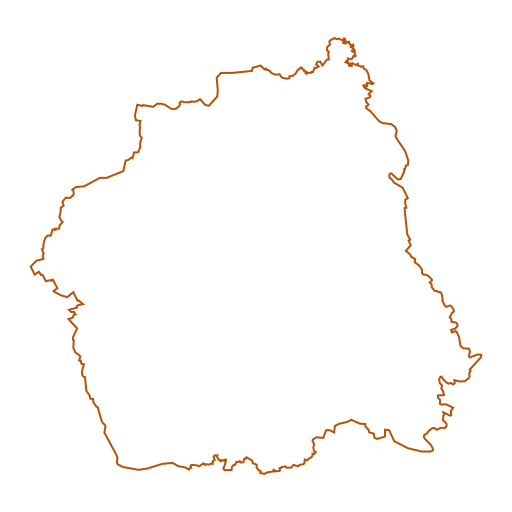 the district of Bang Rakam, Phitsanulok, Thailand
{"feature_id": "78962969B65860849823906", "entity_name": "Bang Rakam", "entity_type": "district", "adm_level": 2, "iso_a3": "THA", "parent_name": "Thailand", "parent_adm1": "Phitsanulok", "projection": "albers", "projection_center": [100.075, 16.744], "detail": "fine", "context": "isolated", "style": "outline", "palette": "amber", "viewbox_px": 512, "rotation_deg": 0, "n_neighbors": 0, "source": "geoboundaries", "source_scale": "gbopen_adm2", "svg_char_len": 5929}
<svg xmlns="http://www.w3.org/2000/svg" viewBox="0 0 512 512"><path d="M342.9,40.5L338.8,38.7L336.4,39.1L334.8,38.1L330.3,40.2L329.4,41.5L329.9,44.7L327.1,47.2L327.1,50.6L328.9,51.7L328.2,53.9L328.8,59.5L326.9,59.6L322.4,65.5L320.2,61.6L317.4,61.9L316.1,64.4L318.6,66.4L316.1,68.0L314.6,67.7L313.0,72.0L311.6,71.9L311.0,72.8L307.5,72.8L306.8,73.5L306.4,72.0L305.5,72.8L305.2,71.3L303.8,70.8L303.8,69.6L302.2,68.9L301.6,67.5L300.6,67.5L299.3,69.3L297.9,69.7L295.4,73.8L293.0,75.7L289.5,76.2L289.2,78.3L286.1,78.7L281.8,77.5L279.6,74.2L275.5,74.8L272.0,73.3L268.5,70.0L266.3,69.8L265.8,68.5L264.4,69.3L260.6,65.5L252.6,67.8L252.0,70.9L233.5,72.8L220.8,73.0L216.7,77.7L217.8,90.4L217.2,96.5L208.9,105.8L205.2,104.9L200.0,99.2L197.2,101.1L194.0,101.8L191.5,101.3L190.8,102.0L185.0,102.3L181.3,101.4L179.5,102.8L180.0,104.3L178.9,106.5L175.9,108.6L172.9,109.1L171.1,108.7L164.8,104.6L160.9,103.7L157.0,103.8L153.2,106.8L143.0,105.1L142.3,106.0L137.3,104.7L134.9,115.5L135.9,120.2L140.5,121.0L139.5,125.1L140.1,126.5L139.6,132.9L139.9,135.5L141.8,137.8L140.3,142.1L140.1,147.4L138.4,151.9L136.2,152.6L134.1,152.3L132.6,158.1L131.4,157.5L128.1,160.1L125.7,160.5L123.3,171.1L106.6,177.9L99.7,177.9L84.0,186.4L76.1,187.0L72.3,189.7L73.2,190.5L73.8,193.3L73.4,194.9L70.1,198.0L65.9,197.6L62.5,201.7L63.6,205.7L60.9,207.6L60.3,213.8L59.3,216.6L60.8,220.1L62.6,222.1L59.6,225.2L59.2,228.7L55.3,228.7L55.5,229.8L52.6,229.5L50.7,235.7L48.0,235.4L45.5,237.6L43.7,242.5L43.2,248.6L41.8,249.3L43.7,253.6L42.8,255.5L43.4,259.0L36.5,260.6L30.7,266.7L34.7,274.6L38.8,271.8L41.1,275.0L42.6,274.9L45.7,281.1L51.0,280.1L51.2,280.6L52.8,279.6L57.4,288.2L53.6,291.1L54.3,291.8L60.7,295.2L67.3,297.2L73.3,292.2L77.6,300.8L78.6,300.4L83.0,304.2L78.4,305.1L76.7,306.2L77.1,307.6L69.0,309.8L71.1,312.0L74.0,311.9L75.5,314.3L73.6,315.1L72.8,317.6L68.5,319.0L77.1,328.4L73.1,337.0L72.9,339.8L73.8,340.4L73.3,347.7L75.2,352.1L80.4,356.3L79.1,360.6L80.8,360.8L81.4,363.8L83.8,364.2L81.9,372.1L82.4,375.3L83.5,376.7L85.0,377.0L86.4,391.1L89.3,394.9L90.3,398.7L93.1,399.0L93.3,402.2L96.5,406.8L97.5,406.8L101.6,420.8L102.5,422.7L105.5,425.5L104.4,432.7L116.1,454.3L117.5,457.6L116.8,462.3L117.9,464.5L123.0,467.0L138.4,469.8L147.5,468.5L162.2,463.9L172.6,462.9L178.2,466.1L185.4,467.5L189.0,469.6L190.2,467.8L191.2,467.7L190.6,466.0L191.3,464.9L196.7,465.3L199.2,466.3L203.3,463.4L204.9,464.9L205.1,464.1L209.1,464.6L211.4,463.5L212.7,464.0L213.0,460.9L214.6,460.0L213.6,456.4L215.0,455.3L217.4,455.3L216.9,456.6L219.0,460.0L220.1,459.9L220.9,461.2L222.7,460.0L224.1,460.8L224.7,459.8L225.9,459.6L225.4,463.4L223.3,468.7L224.5,470.1L231.5,470.1L231.9,467.2L233.2,465.3L235.1,464.7L236.3,461.9L238.4,462.1L239.7,461.1L240.8,462.5L243.4,462.3L244.3,458.7L245.6,458.8L246.4,457.3L252.1,460.5L252.8,463.2L256.7,464.7L256.6,467.6L259.3,470.8L260.7,471.2L260.3,473.1L264.6,473.9L266.7,472.5L273.2,471.4L273.6,469.8L274.9,470.5L274.7,471.4L279.1,471.0L280.0,470.5L279.6,468.2L281.0,468.0L281.6,467.0L285.6,466.5L286.6,467.7L291.2,467.7L293.5,464.8L298.0,466.4L299.4,465.0L303.5,464.1L304.3,463.4L304.8,459.5L307.2,460.5L308.6,458.7L311.4,457.3L312.8,454.8L312.5,453.6L314.5,453.8L315.8,452.0L313.9,450.9L313.3,447.5L314.2,444.4L312.6,441.3L312.7,439.7L316.2,437.3L323.3,437.9L326.1,430.2L329.5,430.1L334.1,432.5L334.9,425.9L339.1,423.8L346.9,422.0L351.4,419.8L359.9,423.7L365.2,424.0L365.5,426.7L368.6,429.8L369.2,432.4L373.9,433.7L374.4,437.7L377.3,438.9L384.9,436.6L385.0,429.7L389.0,430.1L394.3,441.2L407.9,448.2L421.5,451.5L430.3,451.5L432.9,450.6L432.8,448.4L431.2,445.4L424.7,438.6L423.8,436.4L424.2,435.1L427.1,433.3L429.2,430.4L432.5,428.1L434.5,428.0L436.7,429.8L440.7,427.9L445.1,427.9L446.7,425.8L446.3,423.5L442.8,420.0L443.4,415.7L444.1,414.7L443.4,412.3L450.0,415.6L451.1,415.3L450.9,410.8L453.2,407.7L445.5,404.2L441.4,404.6L439.8,403.8L440.2,400.2L438.0,397.7L438.0,395.4L443.9,395.1L443.5,392.5L441.3,388.2L442.2,385.7L439.8,383.1L439.1,379.3L440.4,376.9L441.5,376.6L442.5,378.6L446.3,382.4L448.9,383.7L450.9,382.9L453.0,384.5L454.7,383.4L454.4,380.1L459.0,381.4L464.7,381.3L468.7,378.2L469.7,376.4L469.1,373.9L470.6,370.6L469.7,369.6L480.8,357.4L481.3,354.8L477.9,354.4L469.9,357.5L468.9,356.3L470.0,351.5L468.8,348.7L463.2,348.3L460.4,345.8L459.1,337.3L456.6,331.7L455.5,331.1L452.0,332.4L451.2,330.8L451.3,329.8L455.1,328.6L457.6,325.9L457.2,323.8L455.9,322.6L451.5,321.7L451.2,318.7L449.7,317.3L452.1,312.9L453.8,311.5L453.6,309.5L450.8,305.8L449.7,305.5L446.4,306.9L444.8,305.6L442.3,300.6L442.8,299.7L441.5,293.5L440.0,291.9L438.3,292.2L436.8,291.0L434.6,290.8L431.7,287.2L431.6,284.4L429.7,282.4L431.8,280.8L432.0,279.7L428.5,276.1L425.7,274.6L423.9,274.8L422.0,273.2L422.0,269.6L419.0,265.4L414.6,262.1L415.2,259.1L411.0,256.6L410.2,254.5L405.9,250.9L410.7,245.2L408.6,240.5L410.3,239.7L407.3,234.5L404.6,209.4L404.7,208.0L406.3,207.8L405.2,203.5L405.4,199.6L407.8,198.2L402.6,187.6L393.9,182.6L391.8,179.4L389.6,177.9L389.2,175.3L389.9,173.6L391.4,173.5L397.9,179.4L400.7,179.0L403.5,173.3L404.4,170.4L404.1,169.2L405.0,168.9L405.8,165.7L408.0,164.9L408.2,160.3L405.3,151.5L395.9,137.4L395.6,135.2L396.8,130.9L395.0,126.9L391.2,124.1L382.8,123.1L379.2,121.3L370.6,111.4L366.2,108.2L366.1,106.3L367.6,105.8L368.5,104.5L366.3,102.2L365.5,98.8L370.0,97.2L370.4,95.8L368.6,94.2L371.6,91.2L364.7,88.0L363.3,85.5L364.3,85.1L366.5,86.7L367.2,85.7L366.6,83.7L367.1,82.8L372.5,84.1L373.4,83.4L369.5,80.4L368.3,73.9L366.2,69.9L364.1,68.9L363.1,66.2L361.2,66.9L359.9,65.8L357.6,65.5L357.7,63.8L355.7,64.9L352.1,63.1L351.3,63.6L351.8,65.8L349.5,66.1L348.8,64.9L350.0,63.8L345.5,62.3L346.2,61.1L347.8,61.2L347.8,58.4L350.5,59.2L352.0,58.8L353.4,56.1L355.2,56.4L355.7,55.8L354.7,54.4L354.8,52.7L351.8,51.1L352.2,50.4L354.6,50.6L354.4,49.6L352.2,47.7L353.5,46.0L353.2,44.8L350.7,46.6L350.7,44.6L349.2,43.7L349.1,41.8L346.6,42.4L345.7,43.6L343.2,42.9L343.4,41.8L345.6,41.0L345.0,38.7L343.8,38.5L342.9,40.5Z" fill="none" stroke="#b45309" stroke-width="2"/></svg>